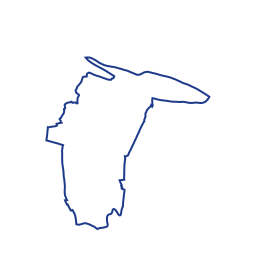 outline of Tra On, Vĩnh Long, Vietnam, rotated 156°
{"feature_id": "81297802B90328181900706", "entity_name": "Tra On", "entity_type": "district", "adm_level": 2, "iso_a3": "VNM", "parent_name": "Vietnam", "parent_adm1": "Vĩnh Long", "projection": "natural_earth1", "projection_center": [106.002, 9.988], "detail": "fine", "context": "isolated", "style": "outline", "palette": "blue", "viewbox_px": 256, "rotation_deg": 156, "n_neighbors": 0, "source": "geoboundaries", "source_scale": "gbopen_adm2", "svg_char_len": 5795}
<svg xmlns="http://www.w3.org/2000/svg" viewBox="0 0 256 256"><g transform="rotate(156 128 128)"><path d="M41.0,123.5L44.0,128.2L45.5,130.4L48.7,135.0L49.9,136.6L53.6,140.8L54.5,142.0L56.1,143.7L59.7,147.0L60.3,147.8L62.0,149.8L65.1,153.3L66.8,154.9L68.3,156.5L71.2,158.9L75.7,162.2L80.9,166.6L82.7,167.9L85.2,169.9L86.8,171.1L87.8,171.6L89.3,172.0L90.3,172.2L91.5,172.2L93.8,172.0L94.9,172.0L96.3,172.2L97.9,172.8L99.3,174.2L100.4,175.4L103.9,179.0L104.1,179.4L105.1,180.4L106.9,181.9L108.3,183.0L110.7,185.2L111.5,185.7L113.5,187.5L116.3,189.6L119.2,191.4L119.8,191.9L121.0,192.6L122.4,193.7L123.5,194.6L124.4,195.4L125.3,196.4L126.4,197.7L126.9,198.2L127.7,199.3L128.8,201.0L129.7,202.5L131.7,205.2L132.6,206.2L134.2,207.8L135.7,208.7L138.0,209.5L137.1,206.6L135.8,204.0L134.0,201.1L133.4,200.4L132.0,198.3L129.9,195.7L125.9,190.5L124.2,188.0L122.4,185.2L120.5,182.5L119.5,180.9L120.4,180.1L120.8,179.6L121.1,179.5L121.3,179.5L121.8,179.5L122.2,179.6L122.7,179.6L122.9,179.6L123.1,179.5L123.5,179.1L123.9,179.0L124.5,179.1L125.4,179.8L126.8,180.5L127.4,181.1L127.7,181.5L128.8,182.5L131.4,184.9L132.1,185.6L133.1,186.7L134.2,187.5L135.1,188.3L135.9,189.0L137.5,190.6L139.5,193.0L140.9,194.3L141.6,194.6L142.3,194.4L142.9,194.3L143.2,194.2L143.6,193.9L144.1,193.2L144.5,192.2L144.7,191.9L144.9,191.8L145.4,191.9L146.2,192.4L146.9,192.7L147.4,192.8L148.3,192.8L148.6,192.8L148.9,192.5L150.1,191.1L151.9,189.2L153.1,188.5L156.7,186.7L157.5,186.4L157.9,186.1L158.7,185.0L159.0,184.7L159.5,184.4L160.2,184.1L160.5,183.8L160.7,183.5L160.8,182.9L160.7,182.3L160.9,181.4L161.0,181.2L160.8,180.9L160.4,180.4L159.9,179.4L159.6,178.8L159.4,178.4L159.4,178.0L159.4,177.8L159.6,177.6L160.5,177.0L161.6,176.1L162.2,175.3L162.7,174.4L163.7,172.0L164.0,171.5L164.1,171.2L164.6,171.2L164.9,171.3L165.4,172.2L165.6,172.6L166.0,172.9L166.4,173.1L167.1,173.2L167.4,173.3L167.6,173.4L168.3,173.5L168.5,173.7L168.7,173.9L168.7,174.3L168.8,174.8L169.0,175.1L170.7,175.1L171.3,175.2L172.9,175.7L173.5,175.7L174.4,175.7L174.9,175.4L175.2,175.4L175.6,175.4L176.0,175.3L176.3,175.1L176.4,174.9L176.6,174.5L176.9,173.3L177.1,172.3L177.3,171.8L177.6,171.6L177.8,171.4L178.1,171.4L178.7,171.4L178.9,171.2L179.0,171.1L179.1,170.1L179.2,169.8L180.0,168.6L180.4,167.9L180.9,167.5L182.1,166.8L183.5,165.8L184.7,164.9L185.4,164.5L186.4,164.2L186.8,164.1L186.6,161.7L186.8,161.4L186.9,161.2L186.6,159.9L191.6,160.9L191.9,159.5L191.9,159.1L193.4,159.1L193.6,159.2L197.9,160.4L199.3,160.7L199.9,160.8L200.6,161.1L200.9,161.3L202.9,157.7L203.7,156.3L204.0,155.7L206.2,152.1L207.6,149.9L208.3,150.4L206.0,148.6L203.0,146.1L198.8,142.7L196.0,140.2L194.3,138.8L194.9,138.2L195.9,136.6L197.2,134.5L197.7,133.6L198.1,132.5L198.4,131.7L200.9,126.1L202.0,123.4L202.5,122.0L202.9,120.7L204.4,115.3L204.9,113.8L206.2,110.5L206.4,109.9L207.1,107.2L207.6,105.7L207.9,104.6L208.8,102.0L209.5,100.1L209.9,99.3L210.9,97.4L211.3,96.6L212.1,94.7L212.7,92.9L212.9,91.8L213.0,91.2L213.0,89.8L213.1,88.5L213.0,86.9L214.3,87.2L214.9,87.5L215.0,86.5L215.0,84.9L215.0,83.0L215.0,82.9L214.8,82.8L214.2,82.7L214.1,81.4L214.2,81.2L214.2,80.5L214.1,78.8L213.8,75.8L213.7,75.7L212.5,75.8L212.3,75.8L212.1,75.6L212.0,75.4L211.9,75.3L211.9,73.3L211.8,71.5L211.8,69.9L211.9,69.7L212.1,68.7L212.7,66.1L213.2,64.3L213.9,62.5L214.3,61.0L212.4,59.7L211.9,59.5L210.7,59.3L209.1,59.1L207.6,58.9L206.3,58.6L206.0,58.5L205.3,58.1L203.8,56.9L202.6,55.7L202.0,55.1L200.6,53.3L199.4,52.1L198.8,51.3L197.7,49.2L197.3,48.6L196.9,48.0L196.4,48.2L195.7,48.2L194.8,48.1L193.2,47.7L190.9,47.0L188.8,46.6L187.7,46.5L187.3,46.6L186.8,46.8L186.4,47.1L186.0,47.6L185.9,47.8L185.7,48.3L185.4,50.0L185.2,50.9L184.6,52.7L183.9,54.3L183.4,55.1L183.0,55.6L182.5,56.1L181.9,56.5L181.1,56.7L180.6,56.7L179.9,56.7L178.6,56.5L178.3,56.5L177.9,56.6L177.2,57.1L176.4,58.0L175.8,58.8L175.4,59.3L174.9,59.7L174.5,59.8L174.1,59.8L173.8,59.7L173.5,59.4L173.2,59.0L172.7,57.9L172.3,55.9L172.0,53.1L171.6,52.1L171.4,51.7L171.1,51.5L170.9,51.5L170.5,51.5L170.3,51.5L169.7,52.0L169.4,52.3L168.9,53.1L168.1,54.3L167.8,54.9L167.1,55.9L165.2,57.9L164.7,58.3L164.3,58.9L163.8,60.0L163.0,61.4L162.0,63.3L160.8,65.2L160.2,66.4L158.6,69.1L156.9,71.8L156.3,73.0L156.5,73.2L157.5,74.1L158.0,74.6L158.2,75.0L158.3,75.5L158.0,75.5L157.8,75.6L157.6,75.7L157.4,76.0L157.4,76.4L157.8,77.9L157.8,78.1L157.6,78.2L157.1,78.3L156.9,78.5L156.9,78.9L157.0,79.8L157.1,82.0L156.9,83.7L154.9,83.0L154.3,82.8L152.4,82.3L152.3,82.6L152.3,83.0L152.2,83.2L151.9,83.9L151.6,84.5L150.7,86.3L149.9,88.2L149.5,88.9L147.8,92.6L146.8,94.6L146.5,95.3L146.0,96.2L145.6,97.0L144.5,98.7L144.1,99.3L143.8,99.8L143.1,101.0L142.7,102.0L142.5,102.7L142.4,103.4L142.0,103.2L141.7,103.1L141.4,103.0L139.4,103.0L139.1,103.0L138.4,103.7L136.8,105.2L135.2,106.5L134.4,107.1L133.7,107.8L133.2,108.1L131.7,109.5L129.1,111.6L128.3,112.4L125.8,114.5L121.9,118.0L119.4,120.1L117.3,122.1L114.6,124.4L113.4,125.3L111.4,126.9L110.9,127.2L110.7,127.2L110.5,127.3L110.3,127.6L110.1,128.2L110.0,128.6L109.0,129.7L108.4,130.2L107.5,131.4L107.0,132.0L106.8,132.6L106.4,133.8L106.2,134.1L105.8,134.5L105.4,134.7L104.8,135.1L104.5,135.6L104.1,136.0L103.6,136.5L102.9,136.8L101.9,137.4L101.0,137.8L100.3,138.0L98.6,138.4L98.5,138.5L97.7,139.4L97.5,138.8L97.2,137.7L96.5,138.3L96.2,138.6L96.2,139.0L95.4,141.7L94.8,143.0L94.7,143.4L94.2,144.2L93.5,145.3L92.6,144.7L91.9,144.1L90.6,143.1L88.8,141.6L87.8,140.9L86.0,139.7L85.4,139.4L84.9,139.0L83.6,138.3L82.7,137.7L80.8,136.6L79.0,135.4L78.0,134.7L74.0,132.6L73.2,132.3L71.0,131.1L69.9,130.6L68.4,130.1L66.7,129.3L64.8,128.1L64.0,127.5L62.9,126.8L60.9,125.5L59.4,124.9L57.8,124.3L57.0,124.1L55.5,123.6L54.7,123.1L53.0,122.2L51.9,121.5L51.1,121.1L49.7,120.7L48.6,120.5L47.8,120.5L47.0,120.5L46.4,120.6L45.7,120.8L43.9,121.6L43.0,122.0L42.1,122.6L41.0,123.5Z" fill="none" stroke="#1e3a8a" stroke-width="2"/></g></svg>